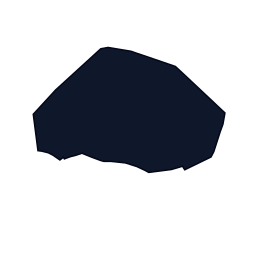 outline of Malvik nor, Sør-Trøndelag, Norway, rotated 138°
{"feature_id": "86288312B1781368759016", "entity_name": "Malvik nor", "entity_type": "district", "adm_level": 2, "iso_a3": "NOR", "parent_name": "Norway", "parent_adm1": "Sør-Trøndelag", "projection": "mercator", "projection_center": [10.864, 63.347], "detail": "fine", "context": "isolated", "style": "filled", "palette": "ink", "viewbox_px": 256, "rotation_deg": 138, "n_neighbors": 0, "source": "geoboundaries", "source_scale": "gbopen_adm2", "svg_char_len": 765}
<svg xmlns="http://www.w3.org/2000/svg" viewBox="0 0 256 256"><g transform="rotate(138 128 128)"><path d="M189.2,201.6L210.1,171.4L207.6,168.5L203.8,162.9L201.9,157.9L200.0,149.8L195.6,149.5L196.0,147.6L195.7,147.5L193.6,146.7L191.4,145.8L189.9,145.2L188.0,144.2L186.2,143.2L184.5,142.4L182.7,141.6L181.7,141.2L180.8,140.7L179.6,140.3L179.1,140.0L174.4,130.4L170.0,122.0L168.3,119.4L163.3,114.9L160.1,111.4L153.3,103.8L147.2,93.4L143.7,85.1L142.3,81.1L123.5,68.1L113.1,63.1L113.8,59.0L85.7,50.9L80.1,53.0L62.4,63.3L54.9,67.3L45.9,74.3L46.9,86.5L47.0,88.0L50.3,127.3L50.7,132.0L51.6,142.0L70.4,175.8L71.3,177.3L74.4,183.0L88.9,201.2L89.1,201.3L95.2,205.1L95.7,205.1L155.5,204.7L156.4,204.7L189.2,201.6Z" fill="#0f172a" stroke="#020617" stroke-width="1.5"/></g></svg>